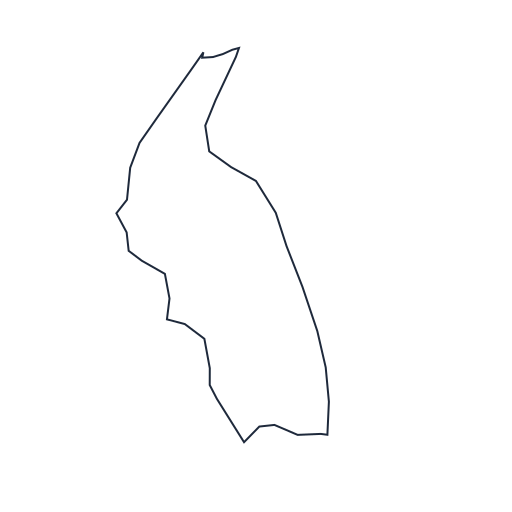 outline of Žabljak, rotated 37°
{"feature_id": "MNE-1520", "entity_name": "Žabljak", "entity_type": "Municipality", "adm_level": 1, "iso_a3": "MNE", "parent_name": "Montenegro", "parent_adm1": "", "projection": "equal_earth", "projection_center": [19.145, 43.143], "detail": "fine", "context": "isolated", "style": "outline", "palette": "slate", "viewbox_px": 512, "rotation_deg": 37, "n_neighbors": 0, "source": "natural_earth", "source_scale": "10m", "svg_char_len": 674}
<svg xmlns="http://www.w3.org/2000/svg" viewBox="0 0 512 512"><g transform="rotate(37 256 256)"><path d="M93.7,130.0L101.9,123.0L108.1,114.5L113.0,105.5L117.2,100.1L120.1,109.0L129.9,155.8L137.0,182.4L155.7,200.6L182.6,200.0L210.8,196.1L245.8,209.6L274.4,229.7L311.7,252.7L350.2,279.1L378.7,303.0L401.9,328.5L420.6,355.8L414.8,359.1L396.9,373.8L372.4,379.8L361.3,390.2L358.5,411.9L310.7,393.6L296.7,386.9L286.6,373.4L264.6,353.2L240.1,353.2L223.0,360.2L212.5,342.0L194.0,325.1L167.7,328.5L151.2,328.5L138.5,315.0L118.8,305.9L119.1,288.7L102.4,261.2L94.9,235.7L93.8,205.1L92.1,145.9L91.4,125.3L91.4,125.0L93.7,130.0Z" fill="none" stroke="#1e293b" stroke-width="2"/></g></svg>